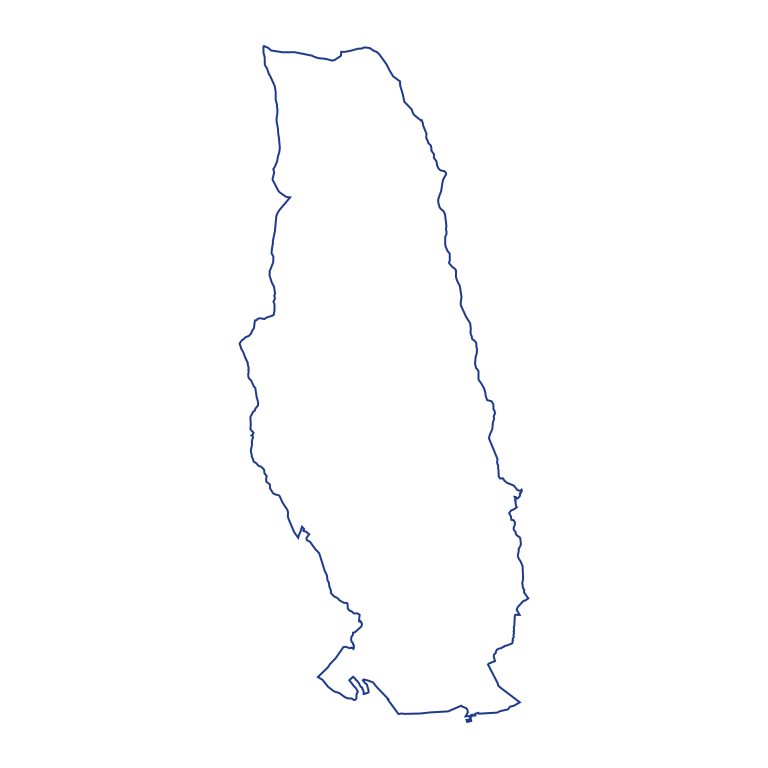 the district of Horezu, Vâlcea, Romania
{"feature_id": "2599482B98949202654469", "entity_name": "Horezu", "entity_type": "district", "adm_level": 2, "iso_a3": "ROU", "parent_name": "Romania", "parent_adm1": "Vâlcea", "projection": "albers", "projection_center": [23.988, 45.225], "detail": "fine", "context": "isolated", "style": "outline", "palette": "blue", "viewbox_px": 768, "rotation_deg": 0, "n_neighbors": 0, "source": "geoboundaries", "source_scale": "gbopen_adm2", "svg_char_len": 6088}
<svg xmlns="http://www.w3.org/2000/svg" viewBox="0 0 768 768"><path d="M508.1,709.3L510.0,706.7L513.8,705.8L519.8,702.3L500.0,687.3L498.2,685.5L497.7,683.3L488.0,664.5L488.8,663.6L495.0,661.1L493.7,656.2L494.1,654.4L495.8,652.9L495.9,651.5L496.9,649.7L499.1,648.5L501.3,648.2L502.3,647.3L503.8,646.8L504.4,646.0L507.2,645.4L512.3,643.3L512.7,641.5L512.6,640.3L512.9,640.1L512.8,638.5L513.7,637.4L513.5,634.9L514.0,633.6L513.6,631.6L514.1,630.9L513.8,627.0L514.3,626.0L514.8,616.2L515.2,614.8L519.6,614.9L516.7,609.9L517.2,608.4L517.6,607.3L523.4,600.9L525.3,600.5L528.3,598.4L524.0,592.3L524.3,590.0L522.9,587.8L522.7,585.3L522.2,583.5L523.1,579.0L522.6,566.2L520.8,561.8L518.5,558.2L517.8,555.6L518.8,550.4L518.6,549.0L520.4,545.8L520.9,544.2L520.3,538.4L519.6,537.2L516.6,535.2L515.9,533.8L515.5,531.9L513.8,529.8L513.6,528.3L515.0,524.0L514.8,522.2L513.6,520.2L511.3,519.8L511.0,516.5L509.1,513.2L511.1,510.5L514.1,509.2L516.8,507.2L516.1,505.6L515.5,503.0L515.7,501.2L514.9,500.2L516.0,498.4L514.8,497.6L514.6,496.9L516.1,497.2L517.0,498.6L518.0,498.2L519.5,496.5L520.1,495.1L519.8,493.6L520.8,493.0L520.8,492.1L521.7,491.5L521.8,490.8L521.5,489.7L520.1,490.9L517.3,490.0L513.9,485.6L507.2,482.9L504.3,480.6L503.0,478.4L500.2,478.5L499.4,477.7L498.7,476.2L498.5,469.7L498.0,468.1L498.3,465.7L497.4,464.0L497.1,462.1L497.5,459.1L489.0,438.4L489.6,435.3L492.3,429.1L492.9,422.6L494.1,418.8L493.7,416.1L495.1,413.4L494.6,412.0L494.7,411.2L493.4,408.9L493.4,404.4L491.6,401.3L487.2,400.1L485.7,396.0L485.3,392.4L484.1,388.5L481.3,383.5L478.5,379.6L478.5,371.3L477.8,369.9L476.3,368.4L475.0,364.0L475.6,357.1L476.9,352.8L476.8,351.4L477.1,349.4L476.4,346.6L476.3,343.7L475.6,341.8L472.0,338.7L471.8,336.5L470.8,334.3L470.5,332.3L470.8,329.1L470.2,323.3L465.9,316.5L460.8,305.2L460.7,302.8L461.5,296.9L459.8,285.9L457.3,281.1L456.0,277.2L456.0,270.4L455.0,268.9L452.3,266.9L449.3,263.5L449.0,262.3L449.8,260.8L449.7,253.7L447.4,250.7L445.5,246.3L445.2,244.2L445.2,236.7L446.4,234.4L446.5,233.0L446.4,230.4L445.8,229.1L446.4,226.7L446.1,223.1L445.0,214.3L443.7,211.4L440.4,208.5L439.4,206.8L438.3,202.5L438.2,199.6L439.6,195.1L441.1,191.5L442.6,181.8L443.4,179.0L446.2,174.2L445.8,172.6L444.6,171.3L440.7,170.4L439.5,169.5L438.5,168.5L437.2,165.7L436.4,161.2L433.9,157.8L434.0,154.3L431.3,150.5L431.5,149.1L430.9,145.6L428.3,143.0L427.7,140.8L426.4,138.4L426.2,137.1L426.5,133.8L423.2,125.7L422.8,123.1L421.7,120.2L421.1,120.6L414.2,115.0L413.3,113.8L411.5,109.2L404.3,101.7L402.8,94.3L400.2,85.7L400.0,81.4L393.1,76.3L389.4,70.1L386.5,64.3L379.6,54.7L377.2,52.2L374.0,50.9L369.6,48.0L364.6,47.4L361.4,48.6L358.1,48.7L350.5,50.8L344.6,51.9L341.2,51.8L341.0,55.3L340.5,56.2L334.3,60.2L332.1,60.6L325.9,58.9L318.1,58.1L313.7,56.6L312.2,55.7L294.7,52.2L282.9,52.3L271.2,50.5L267.9,47.7L263.9,46.1L263.5,46.7L263.4,47.8L263.5,52.7L264.7,57.4L264.8,64.9L267.1,68.6L268.8,73.9L270.2,76.1L274.7,86.0L275.7,92.1L275.7,100.0L277.0,104.6L277.0,107.7L277.5,109.5L277.2,114.9L276.6,117.7L276.6,121.7L277.9,128.3L278.2,133.3L278.9,137.6L279.8,147.6L279.3,152.1L277.9,156.6L277.1,161.5L274.8,166.8L273.3,169.1L274.2,172.5L272.6,178.7L272.7,180.0L278.4,190.9L279.6,192.3L286.2,196.9L290.1,197.4L279.8,209.6L277.6,212.8L276.3,216.3L274.9,231.3L272.8,241.4L272.9,244.1L272.4,245.7L271.6,252.0L271.6,253.3L273.4,256.6L273.2,262.3L269.5,271.7L269.8,273.0L269.4,274.9L271.8,282.6L274.0,286.7L275.1,293.6L274.2,295.7L274.8,297.5L274.8,299.1L273.5,301.6L274.5,304.4L274.5,310.4L273.7,314.8L272.3,315.7L266.4,317.6L264.5,319.0L259.7,318.2L257.6,318.9L256.5,320.3L255.2,320.3L254.8,321.1L254.0,328.0L252.1,330.9L251.0,333.7L249.0,335.8L245.4,337.3L244.4,338.5L242.0,340.2L239.8,343.1L239.7,344.3L240.8,346.8L240.8,347.8L243.3,352.3L245.6,358.7L246.2,359.1L246.4,360.2L247.8,362.7L247.6,363.8L248.7,368.1L248.3,369.9L248.8,370.8L248.2,374.3L248.4,377.1L249.4,378.9L251.1,380.4L253.9,386.6L255.3,387.9L256.8,398.1L257.3,399.2L258.2,402.9L257.9,405.6L255.4,408.6L254.7,410.7L252.9,411.9L252.6,413.0L250.6,416.4L250.4,417.8L250.8,425.1L250.4,428.8L250.7,429.7L253.5,432.7L252.7,434.6L251.5,435.5L252.7,436.3L253.0,437.8L252.2,439.5L251.8,442.0L252.1,444.4L251.0,449.4L250.9,452.0L251.7,454.6L251.7,456.4L252.9,458.7L253.5,461.2L254.0,461.9L255.9,462.9L258.8,466.0L261.0,466.6L263.6,469.0L264.1,470.0L264.5,473.4L266.5,475.7L266.6,476.6L266.1,479.1L266.3,481.7L269.7,484.3L270.1,485.8L269.9,488.1L273.2,493.4L275.2,494.4L279.0,495.4L279.8,496.4L282.4,502.4L287.4,509.9L288.1,512.6L287.8,516.3L288.7,519.3L294.3,532.4L298.2,537.8L298.9,535.1L300.3,532.1L302.0,526.8L304.1,528.9L303.3,530.7L303.6,531.0L306.1,531.7L309.2,534.3L306.7,537.6L306.5,538.5L306.8,540.1L310.1,541.9L315.2,549.0L319.2,553.2L324.8,571.1L326.9,575.3L327.5,580.4L328.8,582.4L329.4,586.7L330.9,590.5L330.8,592.9L334.1,596.5L337.4,598.0L339.8,600.5L343.9,602.8L347.0,603.0L347.5,603.8L347.8,608.5L349.4,610.6L351.3,611.1L353.9,613.4L357.4,613.4L359.6,614.7L359.0,621.3L360.6,621.2L360.6,622.1L361.8,623.0L361.8,625.2L361.4,626.4L354.9,632.3L353.0,632.7L352.9,634.9L351.4,636.9L351.1,640.3L352.1,642.4L353.0,643.2L353.1,644.3L354.0,645.7L353.6,646.4L353.9,647.7L353.4,648.9L351.4,647.6L349.9,648.2L345.6,646.8L343.4,647.1L335.6,658.3L330.1,664.0L327.7,667.6L317.9,677.0L322.5,679.8L328.2,686.9L334.2,691.5L339.0,692.9L345.1,697.3L348.1,698.4L351.5,698.5L354.0,700.0L355.3,699.8L356.4,698.5L356.5,694.3L357.9,691.6L355.8,688.0L354.1,686.4L349.3,680.2L353.1,676.8L355.2,678.6L355.6,679.6L357.3,680.9L357.7,681.9L359.1,683.3L359.3,684.2L360.7,686.7L362.3,687.8L362.4,689.2L363.0,689.6L363.9,692.9L363.5,693.8L363.9,694.1L368.5,692.5L368.6,690.7L366.9,684.5L365.1,683.1L362.9,680.3L363.6,679.5L367.6,680.4L373.0,682.3L376.5,686.8L388.3,699.1L387.8,699.5L398.5,714.1L401.1,713.5L404.6,713.9L420.5,713.5L430.2,712.4L448.1,711.4L461.3,705.7L461.9,706.4L466.4,708.3L467.5,710.1L467.9,712.3L465.6,716.4L469.7,716.1L470.2,719.5L466.5,720.0L467.2,721.9L471.2,721.0L470.3,716.8L471.3,716.6L471.0,715.2L472.8,714.7L473.3,715.7L475.4,715.5L475.2,713.8L478.4,712.8L478.9,713.7L497.2,712.6L500.0,711.2L508.1,709.3Z" fill="none" stroke="#1e3a8a" stroke-width="2"/></svg>